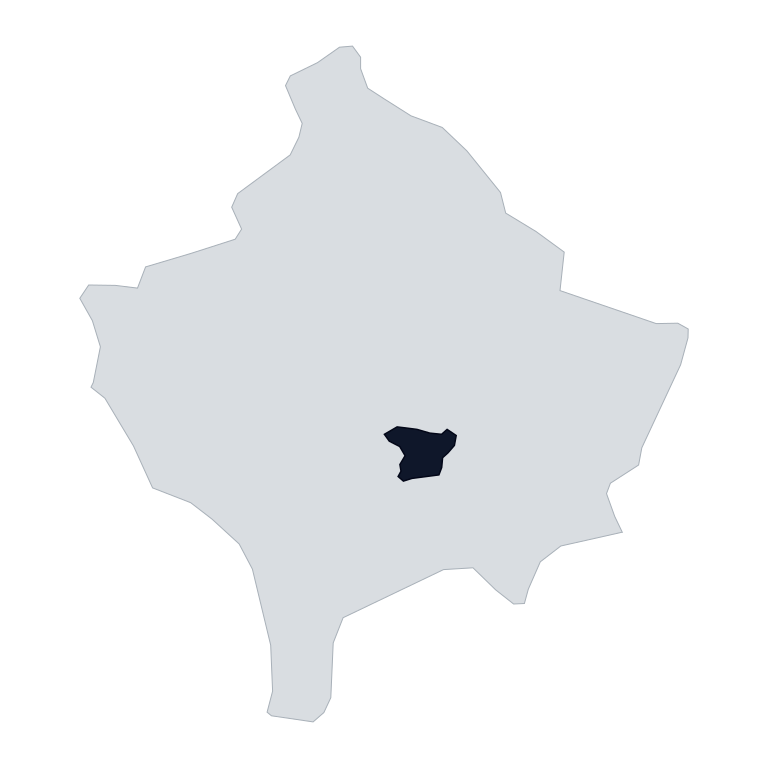 Štimlje on a map of Kosovo (Albers equal-area conic projection)
{"feature_id": "KOS-5912", "entity_name": "Štimlje", "entity_type": "District", "adm_level": 1, "iso_a3": "XKX", "parent_name": "Kosovo", "parent_adm1": "", "projection": "albers", "projection_center": [20.998, 42.412], "detail": "fine", "context": "in_parent", "style": "filled", "palette": "ink", "viewbox_px": 768, "rotation_deg": 0, "n_neighbors": 0, "source": "natural_earth", "source_scale": "10m", "svg_char_len": 1320}
<svg xmlns="http://www.w3.org/2000/svg" viewBox="0 0 768 768"><path d="M191.3,253.3L235.2,239.2L241.6,229.1L231.7,207.2L237.7,193.6L290.2,154.9L298.9,137.2L302.2,123.4L295.2,108.7L285.5,85.6L290.3,75.9L317.4,62.7L339.5,47.2L352.5,46.1L360.6,57.2L360.6,68.7L367.7,88.2L383.9,98.7L410.9,115.8L442.3,127.5L466.9,150.9L500.5,192.5L505.7,213.1L536.0,231.5L564.2,252.1L560.0,290.6L656.2,323.6L677.8,323.2L688.2,329.0L688.0,337.8L680.6,364.8L641.8,447.8L638.6,465.0L610.4,483.2L606.5,493.6L614.7,516.4L622.3,532.3L621.7,532.3L560.8,546.0L540.3,561.8L528.3,589.2L524.4,603.5L513.6,604.0L495.7,589.9L473.0,567.8L443.5,569.6L343.1,617.7L333.2,642.9L330.8,697.7L323.9,712.5L313.1,721.9L271.5,715.8L267.1,712.2L272.6,691.2L270.7,645.2L252.4,569.1L239.2,544.0L212.0,519.1L190.7,502.7L152.6,487.9L133.5,446.0L104.9,398.2L91.0,387.2L93.3,382.5L100.4,346.8L92.4,320.7L79.8,298.3L88.7,285.0L115.4,285.4L137.5,288.1L145.6,266.9L191.3,253.3Z" fill="#d9dde1" stroke="#a8b0b8" stroke-width="1"/><path d="M456.2,435.5L454.4,445.4L448.0,452.8L442.6,457.7L441.7,467.5L438.9,474.9L428.9,476.2L412.0,478.4L403.4,481.1L398.1,476.5L401.0,471.2L399.9,464.5L405.1,455.7L399.7,446.5L389.3,441.2L384.4,434.3L397.1,426.9L407.1,428.1L417.1,429.4L429.8,433.1L441.6,434.3L447.1,429.4L456.2,435.5Z" fill="#0f172a" stroke="#020617" stroke-width="1.5"/></svg>